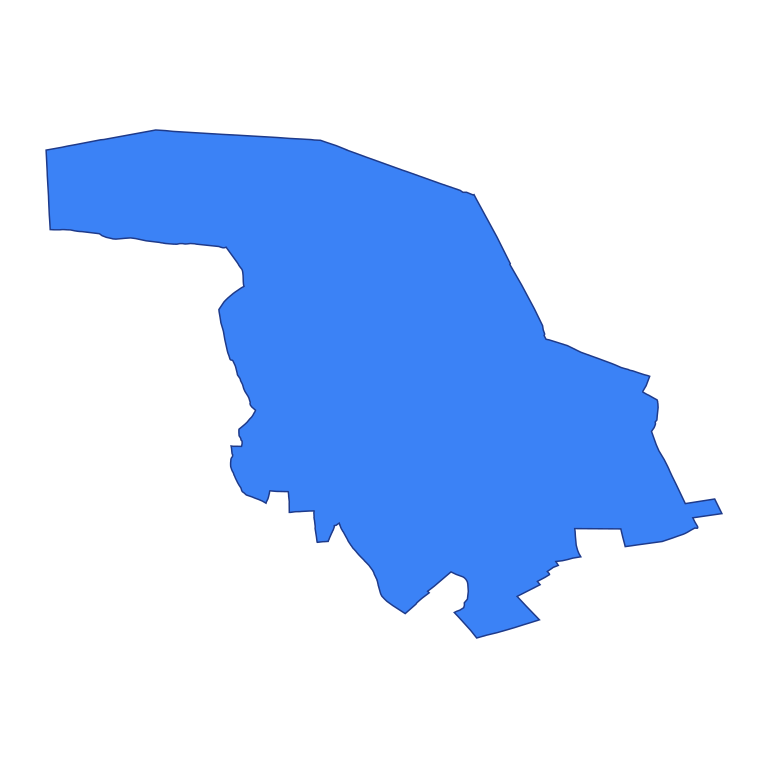 outline of Calarasi, Cluj, Romania
{"feature_id": "2599482B54810479823537", "entity_name": "Calarasi", "entity_type": "district", "adm_level": 2, "iso_a3": "ROU", "parent_name": "Romania", "parent_adm1": "Cluj", "projection": "natural_earth1", "projection_center": [23.841, 46.485], "detail": "fine", "context": "isolated", "style": "filled", "palette": "blue", "viewbox_px": 768, "rotation_deg": 0, "n_neighbors": 0, "source": "geoboundaries", "source_scale": "gbopen_adm2", "svg_char_len": 6060}
<svg xmlns="http://www.w3.org/2000/svg" viewBox="0 0 768 768"><path d="M476.7,638.0L486.5,635.2L496.9,632.7L507.8,629.6L514.9,627.5L523.7,624.7L529.3,623.0L539.4,619.8L526.0,605.9L517.1,596.4L540.1,584.7L537.4,581.4L545.1,577.3L549.5,574.6L549.3,573.7L547.3,571.5L551.7,568.5L553.2,567.4L558.3,565.4L555.8,561.5L562.5,560.7L567.8,559.5L572.9,558.1L580.8,556.8L578.9,553.5L577.6,550.3L576.8,547.4L576.2,545.1L575.4,536.5L575.1,531.5L574.7,528.6L620.8,528.9L622.8,537.3L624.4,543.3L625.2,546.6L631.9,545.7L636.6,545.0L662.2,541.5L672.6,538.0L676.2,536.7L679.0,535.7L683.1,534.3L685.2,533.4L687.5,532.2L691.2,530.0L694.7,528.1L697.4,528.2L697.7,527.8L697.7,527.1L697.5,526.4L694.9,522.0L692.8,517.8L721.9,513.6L714.7,499.0L685.3,503.6L676.3,484.7L672.1,476.2L669.6,470.8L669.0,469.3L667.7,466.5L664.2,459.6L658.9,450.8L656.2,444.6L651.5,431.4L654.1,427.7L655.0,425.5L655.5,423.9L655.2,422.0L656.9,420.0L657.2,416.1L658.1,407.6L657.9,403.6L657.7,402.9L657.6,401.4L657.1,399.9L653.6,398.0L648.7,395.2L647.1,394.5L642.9,392.1L642.8,391.8L642.9,391.2L645.3,387.1L646.1,385.8L649.7,376.3L647.8,375.6L644.3,374.7L638.1,372.7L632.9,370.9L629.7,370.2L628.3,369.5L624.8,368.6L621.1,367.5L615.4,365.0L611.7,363.5L599.0,358.8L581.0,352.3L576.9,350.3L567.6,345.7L555.0,341.7L548.9,339.8L546.1,339.3L545.5,338.2L545.0,337.3L544.1,335.5L544.6,334.4L544.6,333.8L543.2,329.8L542.6,325.7L534.4,308.9L521.7,285.1L509.8,264.4L510.3,263.7L509.5,262.1L496.9,236.9L476.7,199.8L474.0,194.6L473.3,195.0L472.6,194.7L472.0,194.5L466.6,192.3L462.9,192.3L460.2,190.4L439.2,183.2L406.5,171.5L402.0,170.0L366.7,157.3L346.7,150.0L346.8,149.9L336.4,145.7L326.2,142.3L320.5,140.3L314.3,140.0L311.2,139.6L305.7,139.3L300.8,139.0L298.5,138.9L289.3,138.4L277.1,137.5L236.2,135.1L222.8,134.4L173.2,131.4L165.4,130.6L155.7,130.0L103.9,139.5L100.6,139.8L75.7,144.6L67.4,146.1L61.8,147.3L46.1,150.1L47.2,171.9L47.3,175.5L48.5,196.0L48.6,199.4L49.3,215.0L49.8,222.4L50.1,227.6L50.2,229.6L54.5,229.8L59.8,229.8L62.0,229.6L64.0,229.6L67.2,229.8L70.2,229.9L70.9,230.0L74.6,230.8L77.8,231.3L79.7,231.5L82.0,231.6L99.4,233.7L102.1,235.7L104.5,236.6L106.2,237.3L111.1,238.4L112.3,238.7L112.9,238.9L115.9,239.1L121.7,238.6L124.8,238.3L130.6,237.9L135.8,238.6L146.1,240.8L159.4,242.4L161.2,242.8L162.4,242.9L163.8,243.2L165.7,243.5L173.2,244.1L176.9,244.2L179.7,243.6L182.6,243.6L185.1,244.0L187.0,243.9L190.4,243.5L195.1,243.8L196.0,244.1L218.9,246.5L220.5,247.1L222.6,247.7L223.9,247.8L225.1,247.6L226.1,247.2L237.2,262.5L238.3,264.2L238.8,265.2L239.9,266.8L242.0,269.5L242.2,270.1L242.5,271.0L242.8,272.7L243.1,275.7L243.3,282.0L243.5,284.4L244.0,286.4L241.4,287.8L235.5,291.8L233.3,293.4L228.2,297.7L225.6,300.2L224.0,301.9L218.9,309.5L219.1,311.7L220.1,317.5L220.6,320.8L220.9,322.8L221.8,325.8L222.7,328.8L223.4,331.3L223.7,333.0L224.7,338.9L225.0,340.4L226.1,345.4L227.3,350.8L227.9,353.0L229.0,355.9L229.9,358.9L230.3,359.6L230.9,360.0L232.1,360.2L232.7,360.5L233.1,361.2L235.3,365.9L235.8,367.6L236.6,370.9L237.2,373.3L237.4,374.6L237.6,375.1L239.9,378.4L240.3,379.3L240.6,380.7L242.5,384.4L243.0,386.1L243.7,388.6L244.8,391.1L245.5,392.3L246.4,393.7L248.1,396.4L249.0,398.3L249.7,400.8L250.1,401.8L250.2,402.7L250.0,403.8L250.5,405.3L251.9,407.1L255.5,410.2L255.0,411.6L254.2,412.8L252.8,415.4L251.9,416.7L251.3,417.4L249.7,419.0L247.1,422.2L245.0,424.2L241.2,427.4L239.0,429.2L238.9,430.1L238.9,431.6L238.9,432.6L239.1,435.7L239.5,436.5L240.2,437.4L240.6,438.2L240.8,438.7L241.0,439.9L241.4,440.5L241.7,440.7L241.9,441.0L242.1,441.2L242.1,441.5L242.1,442.6L242.2,443.1L241.8,445.2L241.5,446.4L237.5,446.3L234.8,446.3L233.3,446.3L231.1,446.0L231.5,448.1L231.8,451.3L232.1,453.8L232.7,454.8L232.6,455.8L232.5,456.4L232.3,456.8L231.5,457.8L231.0,459.0L230.9,459.5L230.8,460.8L230.6,462.8L230.6,463.8L230.6,464.9L230.7,466.6L231.0,467.6L231.7,469.7L232.6,471.7L233.2,472.5L234.1,475.2L234.6,476.1L235.4,478.1L237.7,482.8L239.2,485.4L240.7,487.6L241.1,488.5L241.6,490.3L242.0,491.1L242.4,491.7L242.8,492.0L244.2,493.0L246.1,494.8L246.7,495.1L252.3,497.0L254.6,498.0L258.7,499.5L262.4,501.1L266.0,503.2L266.4,501.9L267.9,498.9L268.5,496.9L268.9,495.2L269.4,493.1L269.7,491.1L269.8,490.9L270.0,490.8L271.2,490.9L271.7,491.0L273.2,491.1L276.4,491.4L286.2,491.6L287.9,491.6L288.2,491.7L288.3,491.9L288.6,494.6L288.6,494.8L288.7,495.4L288.6,496.0L288.8,497.1L288.8,497.4L289.3,502.0L289.2,502.8L289.3,512.4L290.3,512.4L295.4,511.7L300.3,511.6L300.8,511.5L302.4,511.4L309.6,511.0L311.3,511.0L313.5,510.9L314.1,511.0L314.1,511.5L313.9,512.5L313.9,513.5L314.0,514.7L314.0,515.3L314.1,516.4L314.0,517.5L314.3,519.7L314.5,520.4L314.6,521.4L315.1,525.5L315.2,526.0L315.2,527.0L315.1,528.3L315.1,528.5L316.4,536.7L317.1,542.1L317.3,542.3L317.5,542.3L322.8,541.7L325.4,541.6L328.2,541.4L328.3,540.9L328.5,540.3L328.9,539.7L329.6,537.7L330.3,536.2L331.1,534.3L331.3,534.0L331.6,533.1L331.9,532.7L332.3,531.8L332.4,531.5L332.6,531.0L333.0,530.4L333.3,529.7L334.2,527.1L334.3,526.3L334.3,525.6L336.1,525.3L336.4,525.1L336.5,525.0L339.2,523.1L339.7,524.5L339.8,525.1L339.9,525.3L340.0,525.3L340.0,525.5L340.3,526.1L340.7,527.3L341.4,528.9L342.0,529.8L342.6,531.0L343.3,531.9L346.0,536.9L346.5,537.7L347.3,539.2L348.4,541.5L349.0,542.3L349.4,543.0L349.8,543.5L350.7,545.0L351.3,545.7L352.7,547.8L353.2,548.5L354.2,549.4L354.5,549.8L355.8,551.2L356.9,552.6L358.6,554.6L360.6,556.7L363.9,560.0L364.4,560.7L365.8,562.1L369.0,565.4L370.5,567.5L371.1,568.3L371.9,569.4L372.4,570.0L373.7,572.4L374.3,574.3L375.6,576.9L375.8,577.4L376.3,578.4L376.8,579.4L377.0,579.8L377.0,580.1L377.0,580.4L377.2,580.6L377.6,582.2L377.9,583.6L378.1,584.5L378.2,585.2L378.7,586.9L380.1,591.9L380.7,593.9L381.8,596.1L384.4,598.9L386.9,601.3L392.7,605.5L398.4,609.2L405.2,613.6L416.0,604.1L416.8,602.8L419.6,600.3L422.3,598.0L429.2,592.8L427.6,591.3L434.1,586.3L445.7,576.4L451.0,571.9L456.2,574.4L462.8,576.8L464.4,577.8L466.0,579.5L467.3,581.7L467.8,584.0L468.3,591.4L467.4,599.2L464.3,602.8L464.4,605.2L463.7,607.7L459.9,610.1L456.4,611.4L454.3,612.5L459.1,617.6L470.5,630.2L476.7,638.0Z" fill="#3b82f6" stroke="#1e3a8a" stroke-width="1.5"/></svg>